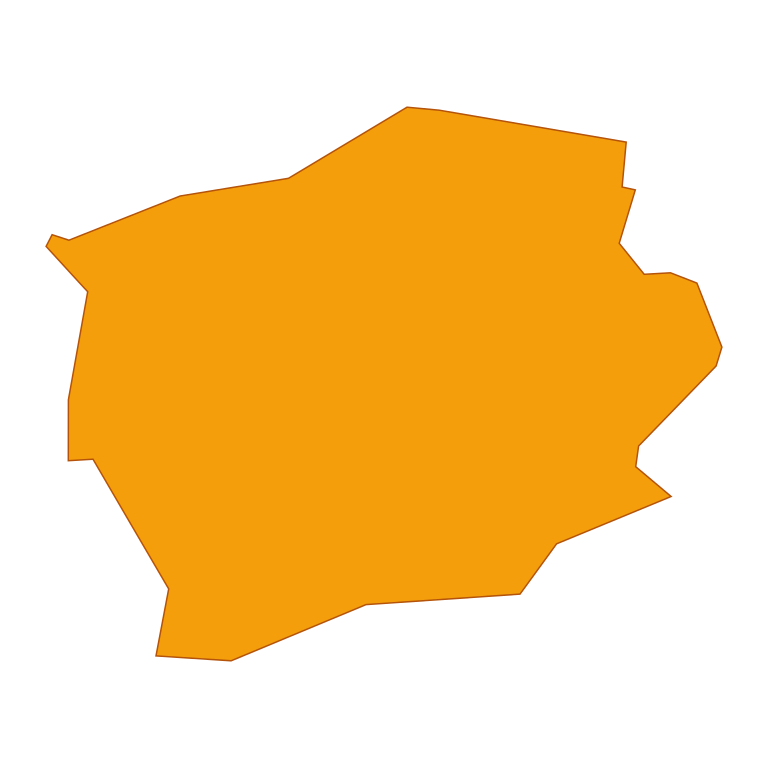 Ayod, Jonglei, South Sudan (orthographic projection)
{"feature_id": "79223893B14285446390064", "entity_name": "Ayod", "entity_type": "district", "adm_level": 2, "iso_a3": "SSD", "parent_name": "South Sudan", "parent_adm1": "Jonglei", "projection": "orthographic", "projection_center": [30.968, 8.272], "detail": "fine", "context": "isolated", "style": "filled", "palette": "amber", "viewbox_px": 768, "rotation_deg": 0, "n_neighbors": 0, "source": "geoboundaries", "source_scale": "gbopen_adm2", "svg_char_len": 520}
<svg xmlns="http://www.w3.org/2000/svg" viewBox="0 0 768 768"><path d="M156.0,655.9L231.1,660.8L366.0,604.6L520.0,594.1L556.6,543.8L671.1,496.5L635.7,466.7L638.6,446.0L716.1,366.0L721.9,347.1L696.9,283.1L670.5,272.8L644.2,274.3L619.2,243.3L635.3,189.9L622.1,187.0L626.2,142.1L439.2,110.2L407.0,107.2L288.5,178.3L180.2,196.0L68.9,240.2L52.1,234.7L46.1,246.4L80.0,283.4L87.7,291.7L68.4,399.8L68.3,460.7L93.0,459.2L131.1,524.6L168.7,588.9L159.4,638.0L156.0,655.9Z" fill="#f59e0b" stroke="#b45309" stroke-width="1.5"/></svg>